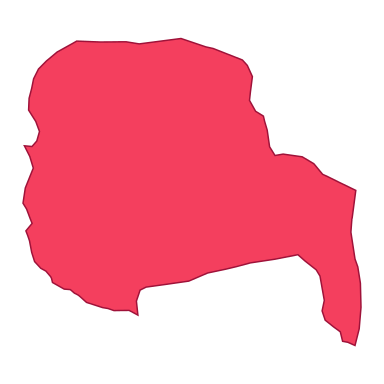 the district of Baguirmi, Chari-Baguirmi, Chad
{"feature_id": "50815135B83477967363059", "entity_name": "Baguirmi", "entity_type": "district", "adm_level": 2, "iso_a3": "TCD", "parent_name": "Chad", "parent_adm1": "Chari-Baguirmi", "projection": "orthographic", "projection_center": [16.269, 11.464], "detail": "fine", "context": "isolated", "style": "filled", "palette": "rose", "viewbox_px": 384, "rotation_deg": 0, "n_neighbors": 0, "source": "geoboundaries", "source_scale": "gbopen_adm2", "svg_char_len": 1385}
<svg xmlns="http://www.w3.org/2000/svg" viewBox="0 0 384 384"><path d="M355.8,190.4L339.7,182.6L327.8,176.7L322.6,174.3L313.9,163.8L302.2,156.8L283.1,154.1L275.0,155.5L269.6,146.8L267.2,130.1L264.6,121.3L263.4,116.1L255.6,111.3L249.5,100.4L250.4,92.1L252.4,76.6L247.3,65.4L242.4,60.0L213.2,48.5L205.9,46.9L181.0,38.5L139.2,43.9L126.1,41.8L121.4,41.8L114.9,41.9L101.5,42.0L100.0,42.0L76.7,41.1L72.5,43.5L67.8,46.1L58.3,51.4L57.3,51.9L55.5,53.4L46.4,61.0L38.5,69.0L33.6,78.8L31.7,88.3L29.1,98.3L28.6,110.1L35.8,121.5L39.5,131.5L36.8,141.0L32.0,146.5L24.4,145.8L29.8,156.5L33.3,168.1L25.3,188.0L23.0,203.2L26.6,209.1L30.3,218.9L32.1,223.4L25.9,230.9L27.7,235.5L29.5,240.8L31.7,252.4L34.6,261.6L40.8,268.3L45.9,271.1L50.6,276.6L51.5,278.3L52.5,282.5L64.2,289.1L70.3,289.6L73.9,292.7L74.3,293.1L76.4,294.1L78.2,295.1L79.0,295.7L79.6,296.2L86.5,302.4L102.6,307.6L108.0,308.5L114.0,310.6L118.2,310.5L129.1,310.4L137.9,315.1L136.4,301.1L140.1,290.1L146.1,287.1L165.7,284.4L188.8,281.1L207.6,273.0L225.6,269.2L236.1,266.7L250.3,262.9L274.9,259.2L297.9,254.7L304.9,260.9L316.2,269.8L320.0,276.1L324.3,300.4L322.1,310.9L325.2,320.2L333.6,326.9L340.3,331.8L342.6,341.3L347.9,342.3L355.0,345.5L359.2,328.8L361.0,307.3L360.4,283.2L357.8,266.9L355.0,259.0L350.9,232.2L351.2,228.1L351.7,221.3L351.8,220.5L351.8,219.4L352.2,217.7L355.8,190.4Z" fill="#f43f5e" stroke="#9f1239" stroke-width="1.5"/></svg>